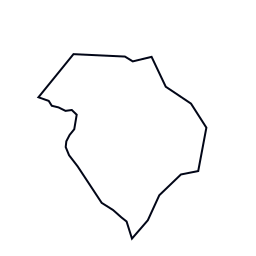 Skriveru, orthographic projection, rotated 324°
{"feature_id": "LVA-5731", "entity_name": "Skriveru", "entity_type": "Municipality", "adm_level": 1, "iso_a3": "LVA", "parent_name": "Latvia", "parent_adm1": "", "projection": "orthographic", "projection_center": [25.072, 56.673], "detail": "fine", "context": "isolated", "style": "outline", "palette": "ink", "viewbox_px": 256, "rotation_deg": 324, "n_neighbors": 0, "source": "natural_earth", "source_scale": "10m", "svg_char_len": 493}
<svg xmlns="http://www.w3.org/2000/svg" viewBox="0 0 256 256"><g transform="rotate(324 128 128)"><path d="M127.3,36.2L167.5,68.4L171.0,76.9L188.9,84.3L182.8,116.8L193.3,145.3L191.6,173.8L159.5,204.1L143.5,196.7L113.8,200.8L89.8,214.3L66.2,219.8L71.9,202.8L70.1,196.4L67.7,185.6L62.7,173.1L64.7,129.4L64.3,115.4L66.4,106.8L70.3,102.5L76.7,99.3L83.8,97.4L94.3,87.1L93.1,80.4L87.5,77.4L83.9,70.5L79.4,65.2L79.8,59.5L73.6,50.5L127.3,36.2Z" fill="none" stroke="#020617" stroke-width="2"/></g></svg>